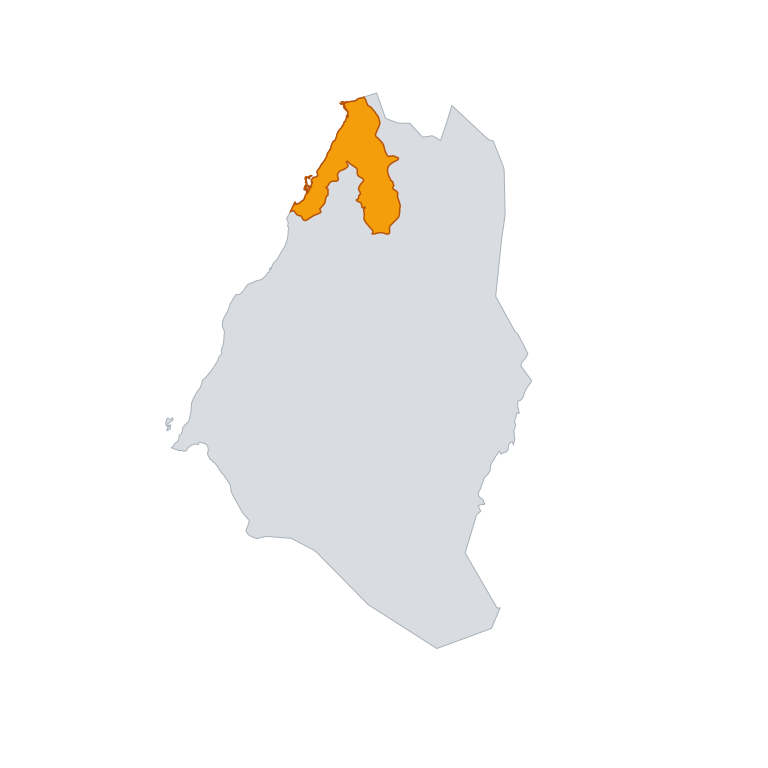 location of Tabuk within Saudi Arabia, rotated 60°
{"feature_id": "SAU-848", "entity_name": "Tabuk", "entity_type": "Region", "adm_level": 1, "iso_a3": "SAU", "parent_name": "Saudi Arabia", "parent_adm1": "", "projection": "orthographic", "projection_center": [36.673, 26.762], "detail": "fine", "context": "in_parent", "style": "filled", "palette": "amber", "viewbox_px": 768, "rotation_deg": 60, "n_neighbors": 0, "source": "natural_earth", "source_scale": "10m", "svg_char_len": 9782}
<svg xmlns="http://www.w3.org/2000/svg" viewBox="0 0 768 768"><g transform="rotate(60 384 384)"><path d="M567.0,508.1L496.8,526.3L493.0,527.7L471.3,541.5L457.1,562.2L454.1,571.7L452.3,573.3L449.3,575.4L446.5,576.9L442.2,577.1L436.6,570.4L435.2,569.1L434.0,569.1L424.4,570.9L404.0,570.4L400.6,570.2L396.0,568.1L394.9,567.7L393.7,567.7L383.2,568.3L377.9,569.3L372.9,569.4L367.7,570.1L365.9,571.1L363.8,571.2L362.6,572.1L361.5,572.5L360.1,571.9L358.5,572.2L356.1,571.7L354.5,570.2L352.9,569.0L351.4,568.3L349.7,567.9L348.2,568.0L346.3,568.9L345.2,569.8L342.4,572.6L342.3,573.6L343.7,575.1L343.3,575.9L341.6,576.9L341.1,579.4L340.9,580.8L340.8,584.1L341.6,586.7L342.7,587.6L342.8,588.7L342.3,591.0L340.7,591.7L339.6,593.9L338.9,594.9L337.7,596.1L332.9,600.1L332.6,597.9L330.9,594.8L330.7,592.5L329.9,590.3L328.5,588.6L326.0,586.9L325.7,584.4L323.7,582.0L321.3,580.1L319.8,576.5L318.7,571.7L312.1,565.5L304.0,559.9L301.5,556.7L297.3,550.0L295.2,544.7L289.7,538.7L289.4,536.3L288.6,533.4L287.3,530.2L286.5,527.7L280.9,516.6L279.1,514.9L277.6,512.4L277.2,510.5L276.7,509.5L272.9,507.7L269.3,503.1L258.7,495.9L253.6,495.3L249.5,492.7L246.4,489.3L243.1,483.3L237.5,476.9L232.6,467.7L234.0,464.3L233.9,461.9L232.4,457.9L230.7,454.8L229.6,451.9L230.4,447.7L230.7,443.0L231.6,440.5L232.2,437.7L231.2,432.2L229.6,429.3L229.7,427.3L228.0,426.4L226.5,424.3L228.0,424.3L225.3,421.3L224.2,419.7L223.2,415.7L221.8,412.6L217.6,405.7L215.5,401.5L211.0,396.0L206.1,392.0L203.1,390.2L201.6,388.5L199.1,388.5L196.3,386.1L194.4,386.0L192.0,385.6L189.2,381.0L186.8,376.7L182.8,371.0L183.8,369.5L184.9,367.1L184.3,364.0L183.7,361.8L181.9,357.9L176.2,348.2L174.7,346.8L172.2,345.2L170.7,341.0L170.1,337.2L166.2,335.4L159.5,321.8L155.6,317.0L154.1,313.8L149.7,308.5L147.5,303.3L143.1,298.4L139.3,290.0L133.4,281.6L130.9,280.1L124.8,279.4L122.2,278.8L119.8,280.6L119.7,278.2L121.3,275.0L123.8,268.3L124.4,262.4L128.3,244.9L154.1,249.7L155.3,249.4L165.2,241.3L170.7,231.9L172.0,231.0L189.1,227.3L189.7,226.9L193.0,218.5L193.4,218.0L193.9,217.5L201.3,213.3L189.2,199.3L176.8,186.0L223.9,171.6L224.7,171.2L228.1,167.9L249.0,171.0L257.0,172.3L259.7,173.5L298.2,194.6L317.7,210.0L363.7,243.3L364.3,243.5L403.9,244.3L408.0,243.1L418.9,243.6L429.8,244.3L432.3,248.3L433.3,251.2L434.3,254.0L436.6,256.4L445.7,255.5L455.0,254.5L456.6,256.9L457.5,259.5L460.6,265.4L464.6,269.8L465.6,271.5L466.4,274.1L465.9,275.1L465.8,276.3L468.6,278.6L473.2,280.4L475.0,280.8L477.0,281.6L475.6,283.3L478.6,286.5L481.9,289.8L485.2,290.3L490.0,295.3L496.9,298.1L501.3,302.3L501.0,302.4L499.8,302.0L498.2,301.6L497.9,302.2L498.1,304.1L498.8,306.3L501.0,308.1L502.9,309.3L503.9,311.9L503.1,317.8L502.6,317.8L501.6,317.4L500.5,317.4L500.0,317.8L501.7,321.8L503.2,324.8L504.9,327.2L506.5,330.7L507.6,332.2L512.3,335.6L513.9,338.7L515.7,344.7L518.8,347.8L520.5,350.2L522.6,352.2L524.2,355.1L526.2,357.2L527.2,357.7L528.6,357.8L530.3,357.6L532.3,356.7L534.5,355.9L536.3,356.9L538.1,356.5L538.4,357.6L537.3,359.2L536.3,363.2L538.4,363.5L540.4,363.6L541.9,364.0L542.7,363.9L542.8,364.7L543.3,368.2L543.9,369.6L570.9,398.2L634.3,398.1L634.6,397.9L636.0,395.5L649.4,413.1L639.5,470.5L567.0,508.1ZM311.1,591.7L313.2,591.8L312.3,590.9L312.1,590.5L313.0,589.2L316.0,591.7L316.0,594.7L315.7,595.5L314.9,594.8L314.4,594.2L314.2,593.5L313.4,592.8L310.5,593.4L308.8,592.6L306.2,590.2L305.4,588.3L306.5,587.9L307.6,587.0L308.2,585.5L307.5,584.0L309.1,584.2L309.9,585.7L310.2,589.3L310.4,590.0L310.0,590.8L311.1,591.7ZM175.7,355.4L175.1,355.4L173.3,353.5L172.3,352.1L171.2,351.2L166.4,349.3L165.8,348.1L166.5,346.9L167.0,348.1L167.9,348.8L171.9,350.5L176.3,354.2L177.1,354.5L175.7,355.4ZM168.1,346.3L167.8,346.6L166.8,345.7L166.8,343.5L167.7,342.3L167.7,344.0L168.1,345.6L168.1,346.3Z" fill="#d9dde1" stroke="#a8b0b8" stroke-width="1"/><path d="M187.9,378.8L184.0,373.3L184.1,372.0L184.0,371.6L183.8,371.5L183.5,371.8L183.2,371.9L182.7,371.6L182.0,370.2L183.8,370.3L184.4,370.0L184.7,369.6L184.7,368.2L185.3,367.0L185.2,366.4L184.5,364.6L184.7,362.9L184.7,362.3L184.3,361.1L183.5,360.1L182.7,359.4L182.5,358.9L181.8,358.3L180.8,357.1L180.5,356.5L180.4,355.3L179.7,354.4L180.1,354.1L179.8,353.4L178.7,352.3L178.1,350.8L177.4,350.2L177.4,349.7L176.6,348.1L175.2,347.4L173.6,345.0L173.1,345.0L173.0,345.3L173.3,345.9L173.0,346.0L171.3,345.1L170.7,344.4L170.5,344.0L170.5,343.2L170.1,343.0L169.8,342.3L169.7,341.6L170.0,341.0L170.8,339.8L170.9,339.1L170.6,337.7L170.0,337.0L169.2,336.6L167.5,336.3L166.6,336.0L166.0,335.2L164.4,331.4L162.8,329.0L161.0,324.4L159.0,320.9L157.8,319.4L155.7,317.3L155.3,316.1L154.6,314.8L154.1,313.1L153.7,313.2L152.8,311.9L151.2,310.5L149.2,307.9L148.5,306.5L148.4,306.0L148.8,305.1L148.1,303.9L146.0,301.4L144.5,300.3L143.3,298.5L142.6,297.7L141.4,295.3L141.1,293.2L139.7,291.2L139.1,289.5L138.6,288.8L137.9,288.4L137.5,288.1L137.2,287.2L137.1,286.4L136.9,286.0L135.6,284.6L135.0,283.6L133.4,282.5L133.0,282.3L134.3,281.5L134.6,281.6L134.3,281.0L133.3,280.7L133.0,280.9L132.6,280.4L131.7,280.3L130.3,279.2L130.1,279.4L129.5,279.3L129.8,279.7L129.0,279.3L127.5,279.9L127.3,280.3L127.1,280.3L127.1,280.1L125.6,280.1L125.3,280.5L125.1,280.3L125.1,280.1L125.3,280.1L125.2,279.7L125.8,279.3L125.0,279.2L124.8,279.3L124.9,279.7L124.5,280.0L124.2,280.4L123.9,280.2L124.6,279.7L124.6,279.3L124.0,279.3L123.7,279.8L123.4,279.8L123.4,279.5L123.1,279.7L122.8,279.3L122.6,279.5L122.4,279.3L121.9,278.5L121.6,278.9L121.3,278.6L121.1,279.2L120.4,279.6L120.4,279.8L120.9,280.2L120.9,280.4L120.6,280.6L120.4,280.4L120.1,281.4L119.5,281.5L119.7,281.3L119.4,280.7L119.4,279.7L119.2,279.5L118.6,279.7L118.7,279.4L118.6,279.2L118.9,278.7L119.9,277.9L119.8,277.7L120.3,277.3L120.1,277.5L120.5,277.7L120.8,277.3L120.6,277.3L120.5,276.8L121.0,276.6L120.9,276.1L121.1,274.9L121.5,275.1L121.5,274.7L121.3,274.8L121.1,274.7L121.6,274.2L122.2,273.3L122.5,272.3L122.8,271.0L123.3,270.3L123.7,269.0L124.4,267.8L124.2,265.2L123.9,264.0L124.3,262.3L125.0,260.7L124.9,260.5L125.3,259.8L125.4,259.4L125.3,259.0L125.5,257.9L129.2,257.8L131.2,258.3L134.7,258.7L135.7,258.3L136.5,257.5L137.4,257.1L138.4,256.8L143.4,255.9L146.6,255.7L148.6,255.4L150.1,255.4L154.9,256.6L156.6,257.6L157.3,258.3L163.6,266.6L163.9,266.8L164.9,267.1L165.5,267.2L165.9,267.2L168.6,266.1L174.4,264.9L176.4,264.9L177.7,265.1L181.4,266.3L183.5,266.7L187.7,266.9L188.4,266.8L188.9,266.5L189.3,266.0L190.6,262.9L191.2,261.7L193.3,260.2L194.8,258.8L195.4,258.6L195.9,258.7L196.3,259.1L196.6,259.6L196.7,260.2L196.5,264.7L196.6,267.1L197.1,269.9L198.2,272.0L198.6,272.5L200.2,273.9L201.4,274.5L204.1,275.4L205.6,275.7L210.5,276.2L211.4,276.1L213.6,275.3L215.5,276.1L217.0,276.1L217.8,277.7L218.7,278.5L219.3,278.6L220.5,278.2L223.0,276.9L224.6,276.5L225.2,276.5L226.0,276.8L226.9,277.6L227.4,278.2L228.4,278.6L236.3,280.3L238.6,281.3L239.8,282.6L242.0,283.8L245.0,286.1L246.5,287.5L247.1,288.7L250.0,299.5L250.3,300.0L251.1,300.9L252.0,301.5L255.1,303.0L256.2,304.1L256.3,304.7L256.3,305.3L255.7,306.4L252.3,309.7L251.2,311.2L250.5,312.8L249.2,317.3L248.3,318.8L248.0,319.1L247.1,317.9L246.6,317.5L246.1,317.2L245.5,317.1L235.3,319.0L232.8,319.0L231.5,318.9L230.6,318.6L227.5,316.3L223.5,314.8L222.9,314.3L222.2,312.6L221.6,312.1L221.2,312.1L220.9,312.4L221.1,314.0L220.9,314.5L220.3,314.7L219.1,314.5L217.3,313.7L215.9,313.4L215.0,313.7L212.2,315.9L211.4,316.1L210.9,316.0L210.7,315.6L210.7,313.9L210.5,313.4L210.1,312.9L208.6,312.0L208.2,311.5L208.0,311.0L207.9,309.8L207.7,309.4L206.7,308.9L203.7,308.8L202.6,308.6L201.9,308.2L201.3,307.7L199.4,304.7L198.0,300.5L197.7,300.1L197.0,299.6L196.5,299.5L196.1,299.5L191.5,302.0L190.4,302.3L188.8,302.1L188.1,301.8L186.0,300.5L184.9,300.0L183.4,299.9L176.6,303.1L173.7,303.8L173.2,304.1L172.8,304.5L172.6,305.0L172.7,305.5L173.1,305.7L176.0,305.5L176.9,306.0L177.3,306.4L177.7,307.2L178.1,309.6L178.1,311.1L177.6,314.9L177.6,316.1L177.9,317.3L178.5,318.5L179.4,319.6L180.0,319.9L183.4,321.0L184.0,321.3L184.4,321.8L184.7,322.5L184.6,323.7L182.9,326.7L182.4,327.8L182.3,328.9L182.5,330.1L184.0,333.0L184.9,336.1L185.3,336.0L186.2,335.2L186.8,335.0L187.3,335.1L192.2,338.0L192.4,338.2L192.8,339.7L193.3,340.9L193.8,341.4L197.0,344.1L197.9,345.2L199.0,348.0L200.2,352.0L200.8,352.2L202.9,352.4L203.6,352.9L203.8,353.4L203.9,354.0L203.0,360.3L203.4,369.4L203.1,370.3L202.6,371.0L201.4,371.8L200.8,371.9L198.4,371.7L197.3,371.8L196.8,372.1L195.0,374.1L193.7,374.8L192.2,375.1L190.1,375.1L189.1,375.5L188.4,376.4L187.9,378.8ZM176.7,354.4L177.2,354.4L177.2,354.5L176.6,354.9L176.1,355.7L175.7,356.0L175.2,355.7L173.1,353.6L173.1,353.1L172.6,352.5L172.6,352.3L173.1,352.5L173.8,353.3L176.1,354.2L176.2,354.4L175.7,354.4L175.6,354.8L175.8,355.1L176.1,355.0L176.7,354.4ZM170.3,350.2L170.1,350.6L169.9,350.8L167.4,349.4L166.8,349.3L166.7,349.7L165.6,348.7L165.5,348.1L165.7,347.6L166.8,346.5L166.7,347.0L166.2,347.7L166.4,348.1L167.4,348.7L168.4,349.6L168.9,349.6L169.1,350.1L169.6,350.2L169.7,349.9L170.3,350.2ZM166.8,345.7L166.7,343.8L167.1,342.8L167.9,342.2L167.3,342.9L167.1,343.9L167.3,344.4L167.8,344.9L168.1,345.0L167.8,345.9L167.9,346.2L168.1,346.4L168.4,346.3L168.1,346.7L167.7,346.6L167.0,346.1L166.8,345.7ZM173.2,352.5L172.5,352.0L172.3,351.5L171.7,351.4L171.5,350.9L171.2,350.6L170.7,350.6L170.2,350.9L170.2,350.7L170.5,350.3L170.8,350.2L171.3,350.4L172.6,351.2L172.8,351.7L174.2,352.4L175.0,353.2L175.3,353.4L175.2,353.7L174.1,353.1L173.8,352.6L173.2,352.5ZM178.9,354.4L179.3,354.7L178.9,354.7L179.0,355.0L178.3,354.6L178.2,354.1L177.7,354.2L177.4,353.6L176.9,353.8L177.0,353.1L177.2,352.8L177.9,352.8L178.2,353.0L178.4,353.5L178.6,353.5L178.6,353.3L178.7,353.5L178.9,354.4ZM175.7,350.8L175.6,349.5L176.0,349.2L176.4,349.6L176.3,350.0L176.0,350.0L176.4,351.4L176.3,351.6L175.7,350.8ZM174.4,351.2L173.9,350.9L173.9,350.5L174.2,350.2L174.6,350.3L174.8,350.6L174.8,350.9L174.4,351.2Z" fill="#f59e0b" stroke="#b45309" stroke-width="1.5"/></g></svg>